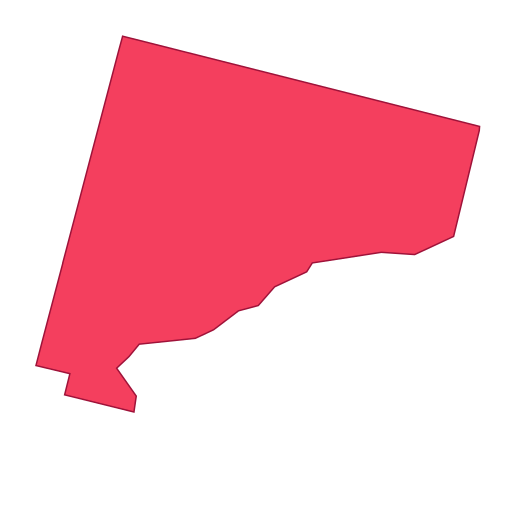 Warren, Indiana, United States of America (Robinson projection), rotated 14°
{"feature_id": "52423323B12538160234117", "entity_name": "Warren", "entity_type": "district", "adm_level": 2, "iso_a3": "USA", "parent_name": "United States of America", "parent_adm1": "Indiana", "projection": "robinson", "projection_center": [-87.371, 40.302], "detail": "fine", "context": "isolated", "style": "filled", "palette": "rose", "viewbox_px": 512, "rotation_deg": 14, "n_neighbors": 0, "source": "geoboundaries", "source_scale": "gbopen_adm2", "svg_char_len": 503}
<svg xmlns="http://www.w3.org/2000/svg" viewBox="0 0 512 512"><g transform="rotate(14 256 256)"><path d="M441.6,76.2L73.4,75.0L73.4,76.3L73.1,90.2L70.2,309.3L70.3,310.0L69.5,370.3L69.3,385.4L69.2,392.9L69.0,415.5L103.9,415.2L103.9,437.0L175.3,436.9L173.7,420.9L147.9,398.6L157.1,384.3L164.0,369.8L217.1,350.5L232.7,337.8L252.3,313.4L270.2,303.5L281.5,281.4L309.0,259.1L312.3,249.1L376.7,222.1L409.6,216.2L443.0,189.2L442.3,80.3L441.6,76.2Z" fill="#f43f5e" stroke="#9f1239" stroke-width="1.5"/></g></svg>